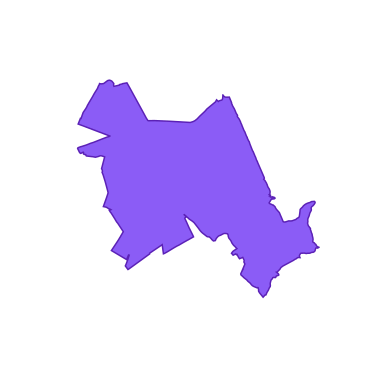 the district of Rogova, Mehedinti, Romania, rotated 33°
{"feature_id": "2599482B76959317413868", "entity_name": "Rogova", "entity_type": "district", "adm_level": 2, "iso_a3": "ROU", "parent_name": "Romania", "parent_adm1": "Mehedinti", "projection": "robinson", "projection_center": [22.834, 44.475], "detail": "fine", "context": "isolated", "style": "filled", "palette": "violet", "viewbox_px": 384, "rotation_deg": 33, "n_neighbors": 0, "source": "geoboundaries", "source_scale": "gbopen_adm2", "svg_char_len": 5988}
<svg xmlns="http://www.w3.org/2000/svg" viewBox="0 0 384 384"><g transform="rotate(33 192 192)"><path d="M328.1,170.4L328.2,169.8L328.6,169.3L328.5,169.2L327.9,169.4L326.5,169.5L325.2,169.1L324.8,168.7L324.5,168.5L323.7,168.5L322.0,168.0L321.1,168.2L320.8,168.1L320.2,167.7L319.6,166.4L319.5,166.1L318.5,164.8L317.0,163.4L315.6,161.9L314.1,160.9L312.9,159.8L311.9,159.1L311.6,158.8L311.2,158.1L310.9,157.9L309.9,157.7L309.1,157.3L308.3,157.1L307.8,156.8L307.2,156.4L305.9,155.2L305.7,154.8L305.5,154.0L304.3,152.4L303.6,151.0L303.6,150.1L303.3,149.2L303.3,148.6L302.4,145.8L302.2,144.6L302.2,144.0L302.0,142.4L301.5,141.5L300.8,140.8L300.4,139.8L300.5,138.8L301.0,137.5L301.2,135.6L301.1,134.0L300.9,133.7L300.4,133.3L299.7,133.2L297.4,135.0L296.6,136.6L295.4,137.9L294.5,139.2L293.8,140.4L293.3,141.8L292.9,143.3L292.9,144.3L292.3,146.7L292.2,147.6L292.4,148.2L292.9,149.0L294.7,152.7L295.3,154.1L295.4,154.8L295.2,155.5L294.4,157.1L294.1,158.3L293.8,158.8L291.5,161.8L290.0,162.9L288.9,163.5L286.4,166.5L285.5,167.0L284.6,167.2L280.8,164.6L278.8,163.3L276.5,161.7L272.2,160.5L271.0,160.0L269.6,159.1L267.1,158.7L266.8,159.0L265.4,159.0L264.6,159.3L263.1,159.4L262.6,159.1L262.5,154.5L263.4,154.1L264.8,152.8L265.0,152.0L264.5,151.7L264.1,151.9L263.4,151.7L263.1,151.9L262.8,152.6L262.4,152.3L261.8,152.3L261.2,153.3L260.2,153.4L260.0,153.0L259.4,153.1L259.8,152.3L259.5,151.9L258.2,152.1L258.3,151.7L258.2,150.8L257.5,149.5L256.9,148.7L255.3,147.5L253.3,146.6L252.0,145.8L251.3,145.1L251.0,144.9L250.7,144.8L249.8,144.1L246.8,142.6L245.2,142.3L245.2,141.1L244.6,140.5L243.7,139.9L241.9,138.7L230.4,131.1L230.1,130.7L229.5,130.5L228.5,129.9L226.5,128.3L225.3,127.6L223.9,126.6L223.0,126.0L221.1,124.7L220.3,124.4L214.0,119.9L212.8,118.8L212.0,118.4L211.5,118.2L209.4,116.9L209.0,116.7L208.7,116.2L208.4,116.0L208.0,115.9L207.0,115.3L203.4,112.7L202.1,112.1L197.5,108.9L196.9,108.4L195.2,107.4L194.6,106.8L191.8,105.1L189.0,104.1L188.7,103.6L188.4,102.9L186.2,101.9L182.4,99.3L178.9,97.5L177.9,96.7L177.3,96.4L176.8,96.0L176.5,95.5L171.6,92.1L169.3,93.7L168.2,94.3L167.6,94.4L166.6,94.3L165.8,94.1L165.4,93.8L165.1,93.9L166.0,95.4L166.7,96.9L167.0,97.6L167.0,98.1L166.9,98.6L166.8,98.9L166.1,99.5L165.0,101.0L164.8,101.7L162.4,101.3L162.6,103.6L159.3,114.2L158.8,117.6L157.2,124.1L156.5,127.9L155.6,130.6L154.6,132.3L152.7,134.6L134.3,145.1L121.6,152.6L116.7,155.9L116.0,156.1L113.2,154.8L109.4,152.7L83.0,138.5L78.0,135.9L74.8,138.9L74.5,139.5L72.7,141.4L72.9,141.9L69.0,145.9L68.1,145.2L67.3,143.6L64.5,142.7L63.0,142.8L61.8,143.2L61.3,143.7L60.8,144.2L60.4,144.9L59.1,148.5L58.8,149.2L57.2,150.6L56.1,151.2L55.4,151.4L55.8,152.5L55.7,153.3L55.9,154.7L56.2,156.1L56.3,156.5L56.4,162.5L56.7,166.5L57.0,174.1L57.1,174.9L57.1,176.1L57.4,177.9L57.5,179.8L57.4,184.6L58.9,190.8L58.3,191.0L58.5,191.9L59.5,197.0L91.2,190.1L92.1,189.9L92.6,189.7L92.7,189.8L92.4,190.5L91.0,192.0L87.7,196.5L82.3,204.1L80.4,206.4L77.8,210.1L74.6,214.0L74.1,214.5L72.8,216.2L72.0,217.6L71.8,217.7L72.0,217.7L72.7,218.0L76.0,220.0L77.0,220.3L77.5,220.3L77.9,219.9L78.9,218.1L79.1,217.9L79.3,217.8L79.5,217.9L80.2,219.1L80.5,219.2L81.1,219.2L82.5,218.5L83.3,219.2L83.8,219.3L89.1,216.7L89.6,216.4L89.9,216.3L92.1,215.4L94.2,213.1L95.2,211.7L95.9,211.2L96.9,210.8L99.6,210.1L102.7,219.4L103.5,221.8L104.1,222.0L104.9,222.6L105.7,223.5L105.8,224.4L108.2,226.1L113.7,230.7L116.8,233.5L120.8,237.1L122.1,238.4L122.2,238.7L123.4,243.3L125.6,252.5L128.2,251.5L128.7,251.5L129.3,251.3L130.4,251.4L131.1,251.4L133.0,251.0L133.6,251.0L132.6,252.4L134.4,253.3L135.7,253.7L142.0,256.6L143.7,257.5L145.5,258.3L146.6,258.6L156.0,262.7L156.1,264.8L156.2,267.4L156.3,268.6L156.3,269.9L156.4,271.8L156.4,275.5L156.3,285.0L174.1,284.3L174.0,283.5L173.7,282.9L173.1,279.4L173.7,279.2L175.0,283.8L176.1,288.7L176.3,290.2L176.8,290.6L177.4,290.7L180.5,291.9L180.7,291.6L183.0,285.7L185.7,278.7L190.2,267.0L189.8,266.4L195.1,253.9L195.7,252.4L201.7,259.4L202.4,258.4L203.9,255.6L207.3,248.5L208.9,245.4L210.0,243.6L212.5,238.6L214.1,235.6L214.2,235.2L214.6,234.7L217.7,228.8L216.7,228.1L208.9,223.5L203.2,219.8L200.4,218.1L200.2,217.9L200.2,217.7L200.6,216.0L199.8,215.7L197.6,215.3L197.3,215.1L200.8,215.6L202.0,215.9L203.0,215.9L204.1,216.2L208.1,216.3L210.1,216.5L211.1,216.8L216.9,218.8L219.4,219.8L221.5,220.4L223.1,220.7L228.8,221.2L229.8,220.9L231.0,220.2L233.5,220.7L234.5,221.1L236.6,221.4L237.0,221.0L237.6,220.5L238.0,220.1L238.0,219.7L237.8,219.0L237.7,217.5L237.9,215.9L238.1,214.9L238.5,214.0L239.5,212.7L241.0,210.0L241.5,209.3L242.9,208.4L244.6,207.7L245.7,208.4L246.7,209.6L248.0,210.6L251.0,211.6L253.4,213.1L255.8,214.0L256.7,214.2L257.1,214.2L260.5,215.0L259.0,218.5L258.6,219.7L258.5,221.6L258.6,222.0L259.0,222.0L260.9,222.6L262.4,220.1L263.4,220.4L263.7,219.8L266.7,221.5L268.2,222.1L270.2,219.2L272.8,220.8L273.2,221.2L273.6,222.4L274.2,222.8L274.9,223.1L275.0,223.3L275.5,223.6L275.7,224.2L276.9,230.7L277.0,230.5L277.2,232.6L277.5,234.2L277.7,234.4L278.6,235.0L279.9,235.1L282.3,235.6L285.8,235.9L287.4,236.4L290.6,236.8L292.3,237.4L293.7,237.7L295.3,237.6L298.6,237.0L299.0,236.8L299.1,236.4L299.5,236.2L299.8,236.4L300.1,236.8L301.2,237.8L301.6,238.6L302.0,239.0L303.6,239.8L308.9,241.5L309.4,238.5L310.0,238.2L309.9,236.9L309.6,235.8L309.5,232.5L309.1,230.6L309.1,228.7L308.5,227.5L307.8,226.7L307.3,225.9L306.4,223.3L306.3,222.7L306.6,221.0L306.4,219.8L306.8,219.3L308.6,218.3L308.7,218.0L308.5,217.0L308.5,216.6L308.9,215.9L309.3,215.6L309.8,214.9L310.0,214.3L309.5,213.8L308.8,213.5L306.6,213.2L307.0,212.8L307.7,209.5L307.8,208.8L307.7,206.9L308.7,204.3L312.6,197.2L314.3,194.1L315.1,192.2L315.7,191.4L316.3,189.6L316.5,189.3L317.1,188.9L318.3,188.2L317.7,187.8L316.9,187.1L316.7,186.8L316.5,185.5L316.6,184.4L316.7,184.0L319.6,182.0L321.3,181.4L322.1,180.6L323.8,179.4L324.2,179.1L325.0,177.8L325.8,177.0L326.4,176.6L326.8,176.0L327.1,175.3L327.2,174.6L327.1,174.0L326.6,172.6L326.4,171.6L326.7,171.2L327.1,171.0L327.5,170.9L328.1,170.4Z" fill="#8b5cf6" stroke="#5b21b6" stroke-width="1.5"/></g></svg>